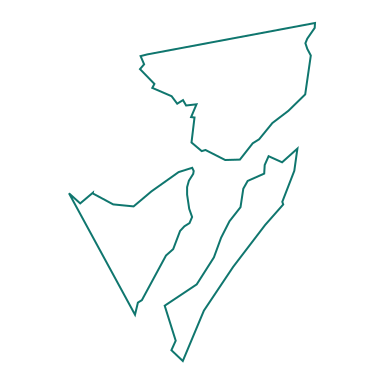 outline of Aransas, United States of America
{"feature_id": "52423323B95001910303654", "entity_name": "Aransas", "entity_type": "district", "adm_level": 2, "iso_a3": "USA", "parent_name": "United States of America", "parent_adm1": "", "projection": "equal_earth", "projection_center": [-97.0, 28.078], "detail": "fine", "context": "isolated", "style": "outline", "palette": "teal", "viewbox_px": 384, "rotation_deg": 0, "n_neighbors": 0, "source": "geoboundaries", "source_scale": "gbopen_adm2", "svg_char_len": 1045}
<svg xmlns="http://www.w3.org/2000/svg" viewBox="0 0 384 384"><path d="M315.0,23.0L147.3,54.4L140.6,56.1L144.1,64.3L140.0,69.1L154.4,83.9L152.3,87.9L171.6,96.2L177.2,103.7L183.0,100.1L186.1,105.5L196.5,104.3L191.1,117.1L194.5,117.5L191.5,142.5L201.7,151.1L205.5,150.0L225.2,160.0L239.9,159.6L252.7,143.3L259.1,139.3L272.4,123.0L288.4,110.8L305.2,94.4L310.8,55.5L307.3,48.9L305.4,43.2L307.3,38.6L314.7,27.9L315.0,23.0ZM92.8,192.8L80.2,203.4L69.0,193.3L135.0,314.7L137.9,302.6L141.9,300.1L166.0,255.5L173.2,249.1L180.1,230.9L184.4,226.3L189.5,223.1L192.1,217.0L189.2,208.8L187.1,194.6L187.1,187.1L188.9,180.7L193.2,173.9L193.7,171.0L192.2,167.8L178.6,172.1L151.4,191.4L133.6,206.4L113.2,204.4L92.7,193.4L92.8,192.8ZM164.7,305.7L175.7,340.7L171.4,350.2L182.8,361.0L203.9,310.6L233.2,266.8L265.2,224.9L283.2,204.5L282.3,201.8L294.3,170.8L297.4,148.6L282.1,162.3L268.6,156.2L264.7,165.0L264.2,173.6L247.7,180.9L243.3,188.7L240.5,207.2L229.5,221.2L221.1,237.7L213.9,257.4L196.7,284.4L164.7,305.7Z" fill="none" stroke="#0f766e" stroke-width="2"/></svg>